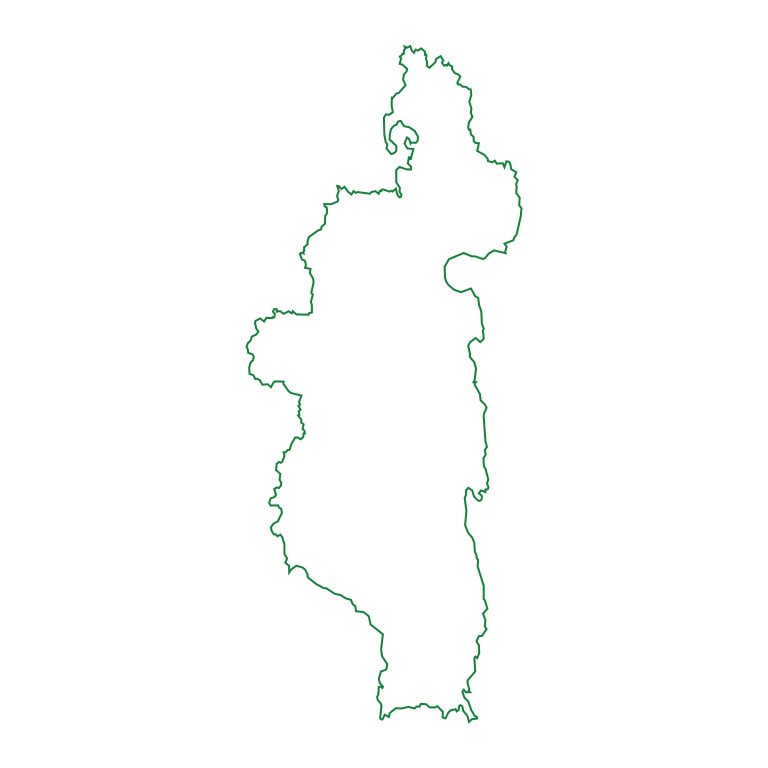 Ifanadiana, Vatovavy-Fitovinany, Madagascar
{"feature_id": "10022922B31790128040616", "entity_name": "Ifanadiana", "entity_type": "district", "adm_level": 2, "iso_a3": "MDG", "parent_name": "Madagascar", "parent_adm1": "Vatovavy-Fitovinany", "projection": "natural_earth1", "projection_center": [47.619, -21.071], "detail": "fine", "context": "isolated", "style": "outline", "palette": "green", "viewbox_px": 768, "rotation_deg": 0, "n_neighbors": 0, "source": "geoboundaries", "source_scale": "gbopen_adm2", "svg_char_len": 6070}
<svg xmlns="http://www.w3.org/2000/svg" viewBox="0 0 768 768"><path d="M279.6,479.7L281.2,482.6L281.1,485.2L279.0,488.0L276.6,487.5L274.2,489.0L276.0,494.7L274.7,496.9L270.6,498.4L269.2,503.0L270.6,505.5L278.2,505.4L278.7,507.3L281.2,508.8L281.9,512.8L277.9,521.3L273.6,523.6L270.9,527.2L271.6,530.8L274.0,534.5L275.7,534.2L277.5,536.4L280.2,534.6L282.2,536.9L284.4,544.1L284.5,554.2L287.1,558.4L285.3,562.7L289.1,565.8L289.2,572.5L291.2,569.5L296.2,565.8L302.5,567.5L305.1,569.6L307.6,574.6L307.6,577.2L315.9,583.9L323.7,588.1L326.5,588.4L334.6,593.7L340.7,595.2L345.9,598.4L350.9,599.8L352.7,604.1L355.3,606.2L356.0,611.3L363.4,612.0L368.7,616.1L370.7,624.6L382.9,634.3L381.1,649.5L381.6,652.9L382.2,656.5L387.3,664.2L386.6,668.5L385.6,669.9L381.0,671.4L378.8,678.8L379.7,682.8L383.0,686.8L382.3,688.0L381.0,686.5L378.8,687.0L378.3,694.5L377.1,696.9L377.8,700.1L380.7,703.2L381.5,706.0L380.1,718.0L381.1,719.3L382.4,719.5L384.8,714.7L388.9,717.0L389.7,713.1L395.8,708.2L401.0,708.5L408.5,706.9L414.7,708.4L416.7,706.5L419.5,706.7L420.8,703.9L426.0,704.2L429.7,707.4L435.1,707.4L437.4,706.2L442.9,711.9L442.6,717.4L445.5,718.4L448.3,712.6L450.9,710.3L455.6,709.2L456.7,711.4L458.5,710.1L459.2,706.1L460.3,705.2L462.3,706.3L463.3,710.9L467.5,716.0L469.0,721.9L471.5,719.4L477.0,718.5L476.9,717.0L474.6,715.6L471.3,710.2L468.2,701.4L464.4,697.7L462.4,691.7L463.8,689.7L465.7,692.2L470.0,692.2L468.7,690.7L469.3,689.3L467.6,683.4L467.6,680.4L475.2,671.4L474.4,657.9L475.3,656.6L477.3,658.0L479.2,653.1L479.0,645.4L476.5,641.4L478.8,636.2L482.0,635.9L486.5,629.2L484.8,626.2L485.4,620.1L483.0,613.7L487.4,608.6L484.9,600.4L483.7,599.1L483.7,585.8L477.6,566.3L478.1,559.8L476.7,558.1L476.4,555.0L474.9,552.0L474.3,542.8L472.3,537.7L468.1,532.7L465.1,525.2L466.4,511.1L464.7,497.9L466.0,495.2L466.1,490.2L468.3,487.8L472.1,490.4L474.1,496.6L477.8,500.4L479.7,500.9L481.5,499.7L481.9,496.9L481.6,495.6L478.8,493.3L481.1,490.4L485.4,492.1L485.4,489.5L487.6,489.3L488.5,487.3L487.0,483.3L488.3,479.7L485.7,469.2L483.8,465.9L483.5,458.2L485.7,454.6L484.8,450.2L486.9,447.0L485.4,440.9L483.7,416.5L484.1,413.3L486.6,407.7L484.5,404.0L480.6,400.4L480.0,394.2L474.9,385.1L474.6,383.7L475.8,382.2L473.6,382.1L474.6,380.3L476.0,368.4L474.3,362.3L469.8,356.8L470.1,353.9L468.2,345.8L470.3,342.0L475.7,338.0L480.2,342.1L483.8,338.8L482.9,330.6L483.8,328.5L481.9,324.0L481.3,311.4L479.1,305.2L478.2,298.0L475.1,296.1L471.0,288.5L460.9,292.2L454.0,289.7L448.5,285.0L445.9,281.1L445.1,277.7L444.6,267.0L448.9,259.2L463.7,253.0L471.7,256.3L475.4,256.4L483.1,259.1L485.4,257.8L488.7,253.6L494.0,250.4L505.6,253.2L505.1,252.0L506.7,246.6L504.5,243.7L513.3,240.3L514.4,237.2L516.6,234.6L520.7,216.5L521.5,208.3L519.2,205.3L519.7,197.8L516.2,192.9L516.7,186.9L516.1,184.4L517.7,180.1L514.4,176.8L516.3,172.3L511.2,169.2L510.2,163.5L508.9,161.7L506.3,161.4L504.4,167.2L502.8,163.3L496.7,163.6L494.8,160.7L492.2,162.3L488.0,161.1L487.7,158.8L484.8,155.2L477.2,150.9L478.9,143.2L475.5,142.9L473.7,141.1L473.7,137.0L470.9,134.4L470.3,129.6L469.1,129.8L468.2,127.7L468.9,122.4L472.4,117.0L470.8,112.8L471.4,108.4L469.3,101.7L471.3,95.1L470.7,89.4L468.8,89.1L466.1,86.9L462.8,86.7L459.6,84.3L458.0,84.5L457.3,82.9L460.3,76.5L458.2,74.4L454.8,73.1L452.1,69.4L452.1,66.3L449.8,65.4L448.4,63.1L446.9,65.6L445.9,64.9L444.2,65.7L441.9,62.7L443.3,60.5L440.7,56.1L436.0,59.0L435.4,62.2L429.5,67.8L426.8,65.7L427.1,61.8L425.9,58.8L426.5,56.0L426.1,54.7L424.9,54.8L425.2,52.0L421.3,48.4L417.9,50.6L415.6,49.7L414.0,52.8L411.7,50.3L410.3,46.1L407.4,47.6L404.7,46.6L405.4,48.4L404.0,50.1L403.9,53.7L402.3,53.8L401.5,55.6L399.8,56.5L401.1,58.8L399.6,63.9L402.4,64.6L407.2,69.0L406.5,71.6L403.9,74.5L403.1,79.6L405.6,85.2L398.6,93.1L396.5,93.5L392.7,97.9L391.9,97.7L391.6,105.3L392.8,112.2L389.4,114.8L385.8,114.4L383.9,117.8L384.4,135.2L385.8,142.2L387.3,144.6L386.5,148.5L391.2,154.1L394.5,152.9L396.3,150.8L396.3,145.9L389.6,139.5L389.8,134.8L391.0,129.1L394.0,125.7L396.5,124.7L398.1,121.5L400.7,120.9L404.1,126.2L409.1,127.2L414.6,130.9L417.8,136.2L417.9,138.8L417.5,141.1L415.8,142.8L411.2,142.6L410.6,143.5L409.1,138.9L407.0,137.5L404.5,143.5L407.4,148.5L413.4,149.0L410.6,159.8L410.0,157.4L408.8,157.4L407.9,163.5L411.1,166.7L411.0,169.5L406.7,169.4L399.5,167.0L396.2,170.1L396.3,182.3L399.9,187.9L399.5,191.8L401.4,194.8L401.2,196.7L399.8,197.4L398.5,196.4L396.9,193.4L395.9,188.7L392.5,191.5L391.5,190.8L389.5,191.6L383.2,189.4L381.4,189.8L381.3,191.2L379.7,191.1L378.7,193.8L375.5,191.2L371.7,191.9L369.9,193.7L357.9,192.1L355.6,192.8L353.5,191.1L351.4,194.5L348.0,191.7L344.5,186.8L341.4,189.0L338.8,186.1L337.2,185.9L338.8,191.0L337.1,196.0L338.2,199.6L337.8,201.4L331.3,204.1L324.3,204.1L324.8,206.5L326.6,207.3L327.0,209.6L326.9,213.5L325.2,216.0L325.0,223.7L321.5,226.9L321.0,229.5L318.0,230.5L308.8,237.1L307.3,242.5L307.8,244.1L304.0,247.3L304.2,250.8L303.2,252.1L303.7,253.5L300.7,253.0L299.9,253.9L302.0,259.6L304.6,260.5L305.3,261.7L305.9,265.3L305.0,267.8L310.5,268.9L309.9,273.1L313.1,278.6L313.6,282.3L311.3,292.8L312.8,294.7L310.9,301.8L311.9,305.5L311.9,312.5L309.0,313.2L308.5,314.7L296.3,314.4L292.8,311.1L291.9,313.3L288.6,311.3L283.7,313.8L280.1,311.1L276.7,311.7L276.8,309.2L274.1,309.1L272.9,311.6L274.9,314.1L274.3,317.3L272.6,317.2L272.4,318.1L266.4,317.8L264.1,321.5L260.1,318.4L255.6,320.9L255.0,322.7L256.2,328.4L258.4,331.7L256.1,334.7L251.7,336.6L250.6,340.6L247.9,343.1L246.5,346.9L247.8,349.2L248.2,352.8L252.6,354.4L253.7,356.8L253.2,359.9L250.5,362.6L249.2,367.6L249.5,373.9L253.4,375.2L255.3,379.0L257.1,378.7L259.6,380.0L262.4,384.7L267.7,384.2L271.0,387.2L273.4,382.6L275.0,381.4L283.6,381.6L283.4,383.8L288.8,391.4L291.1,393.0L301.5,395.6L299.0,402.0L300.0,404.7L298.4,405.9L300.6,409.7L298.7,411.4L299.4,414.8L298.0,415.4L301.2,419.4L301.3,422.7L303.6,424.3L302.6,428.9L304.6,431.0L304.8,433.5L303.6,433.5L303.3,436.9L300.7,439.3L297.8,437.5L295.2,437.5L291.3,444.2L289.6,449.8L287.6,450.0L285.4,452.5L283.7,452.3L284.4,456.1L282.1,462.0L280.6,462.8L279.0,461.9L276.7,463.8L276.0,470.0L280.3,473.9L279.6,479.7Z" fill="none" stroke="#15803d" stroke-width="2"/></svg>